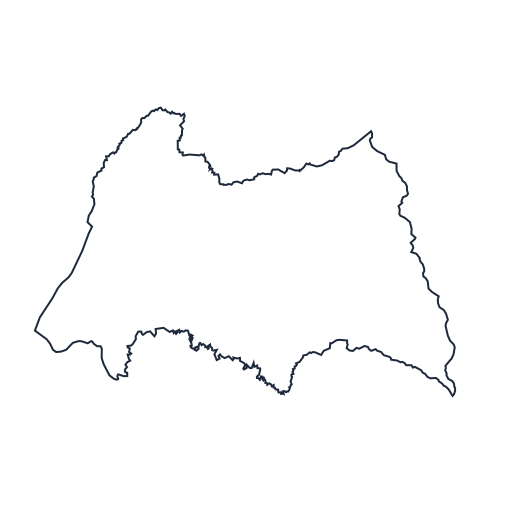 outline of Yan Ta Khao, Trang, Thailand, rotated 6°
{"feature_id": "78962969B81181946303710", "entity_name": "Yan Ta Khao", "entity_type": "district", "adm_level": 2, "iso_a3": "THA", "parent_name": "Thailand", "parent_adm1": "Trang", "projection": "robinson", "projection_center": [99.737, 7.427], "detail": "fine", "context": "isolated", "style": "outline", "palette": "slate", "viewbox_px": 512, "rotation_deg": 6, "n_neighbors": 0, "source": "geoboundaries", "source_scale": "gbopen_adm2", "svg_char_len": 6121}
<svg xmlns="http://www.w3.org/2000/svg" viewBox="0 0 512 512"><g transform="rotate(6 256 256)"><path d="M43.9,353.3L56.6,360.7L60.4,364.8L63.9,370.5L67.3,372.4L72.3,371.4L77.0,369.1L82.9,361.5L88.4,359.2L91.2,359.0L97.8,360.4L100.7,358.0L101.8,358.0L103.9,360.3L107.4,362.3L110.9,362.0L112.3,364.1L113.2,373.7L115.9,379.7L122.7,390.0L127.6,393.0L130.4,393.6L131.8,392.8L130.6,389.9L131.3,388.1L137.0,389.3L140.5,388.9L140.1,385.5L138.3,385.3L137.6,384.2L137.6,382.7L139.3,380.0L137.5,377.8L139.0,375.1L141.8,373.3L140.2,371.3L138.7,367.4L141.1,367.2L142.1,366.1L139.8,364.7L140.2,361.2L137.8,360.2L137.6,358.9L141.0,358.2L142.5,356.7L145.2,351.4L144.7,348.3L146.8,343.5L149.9,343.2L150.6,345.4L151.9,346.2L155.2,343.2L158.5,342.0L163.4,346.4L164.7,343.5L163.8,339.1L171.6,337.1L178.1,340.6L181.1,338.7L182.2,341.1L183.1,339.7L184.7,341.8L186.0,340.1L185.0,339.0L187.4,337.4L188.3,340.0L189.9,338.3L192.0,338.8L194.0,337.3L196.2,337.4L198.2,342.3L198.8,342.5L199.4,341.0L201.0,341.7L199.4,343.1L198.4,345.5L199.6,347.5L200.0,346.0L199.4,345.0L201.2,343.7L201.6,344.1L200.4,348.2L201.5,351.7L201.3,352.5L200.3,352.4L200.6,353.5L202.6,354.7L205.5,354.0L204.8,355.7L206.7,356.4L208.5,354.5L208.4,353.0L206.6,352.6L208.3,351.7L209.0,348.5L209.9,348.4L211.2,350.4L212.8,349.1L215.0,350.5L215.0,351.9L216.6,351.7L217.9,353.5L218.6,352.9L217.7,350.6L219.6,348.9L220.0,350.8L221.9,352.0L222.3,354.2L223.4,354.5L226.8,353.5L224.9,358.0L227.8,363.6L230.5,361.9L229.1,359.3L230.5,357.6L232.3,359.4L235.6,360.8L239.4,358.5L243.7,362.1L244.5,361.0L244.1,359.3L248.0,359.9L250.7,359.0L251.1,362.0L254.9,363.5L256.8,365.2L255.1,369.3L256.0,370.1L258.4,368.3L258.3,365.3L261.7,368.1L263.4,367.9L264.8,362.5L266.0,366.4L268.6,364.8L269.2,367.4L271.7,367.3L272.1,368.0L271.5,373.8L269.5,375.8L269.7,377.2L271.2,377.3L272.7,378.7L273.5,375.2L274.7,375.3L275.3,378.0L276.2,378.8L276.7,376.6L278.6,379.4L278.5,381.2L280.3,381.4L280.7,382.9L282.4,381.2L284.5,382.2L285.3,383.9L287.0,382.6L287.2,385.0L288.6,385.0L289.4,386.6L292.0,386.6L292.3,388.8L293.0,389.4L294.5,389.0L295.8,391.3L295.6,389.8L296.8,390.1L296.6,388.7L297.6,389.5L297.2,388.4L297.9,387.3L300.3,388.3L301.1,387.3L302.2,387.4L303.2,385.4L303.4,383.9L302.8,383.1L303.7,382.8L304.0,380.7L304.9,380.0L303.5,377.1L304.6,372.5L303.7,371.6L303.7,370.1L305.6,369.3L304.4,367.4L305.2,366.3L304.5,364.7L306.2,363.9L306.0,361.7L307.1,361.4L308.0,359.8L307.0,358.6L310.4,356.8L313.3,351.8L313.5,349.9L316.7,349.0L319.5,346.2L320.8,346.8L322.5,345.6L324.9,345.6L331.1,347.6L333.3,343.2L339.0,340.0L339.0,334.9L340.3,335.0L344.9,331.3L348.1,330.6L355.5,330.5L355.6,332.8L356.4,334.4L355.8,338.2L358.9,340.2L362.3,340.3L365.5,336.9L368.3,337.4L373.3,334.2L376.8,334.7L377.9,336.6L380.5,338.3L384.7,336.1L386.4,337.5L390.5,338.4L393.5,341.3L399.4,342.4L400.7,343.4L401.2,345.0L407.2,345.2L411.0,346.6L412.5,346.0L415.2,347.0L416.7,348.9L422.0,348.4L423.8,350.6L425.5,349.6L432.1,352.3L434.3,354.9L436.2,355.3L439.3,358.4L442.2,359.4L447.5,358.5L450.3,360.0L451.0,361.6L454.2,363.2L456.2,365.3L458.8,366.3L461.6,368.6L466.1,374.6L467.3,373.0L468.1,369.3L467.8,366.4L467.0,365.5L466.2,362.1L464.2,359.8L460.2,358.2L457.9,354.8L457.9,353.0L456.1,349.9L456.5,347.7L455.9,345.3L461.2,337.6L462.7,333.3L463.2,326.2L462.0,323.4L457.8,319.9L455.1,315.1L451.8,305.6L452.0,303.0L453.5,299.4L451.0,293.5L448.4,290.1L443.9,287.8L442.0,284.1L441.3,280.1L441.9,277.0L435.0,273.5L431.0,270.4L429.4,263.2L427.0,260.2L424.6,258.8L423.9,255.6L424.9,253.7L424.6,251.1L422.7,246.8L420.3,244.6L419.0,242.0L419.2,241.1L415.3,237.0L410.0,235.9L411.6,231.4L410.7,229.1L408.4,226.7L412.2,222.6L412.7,221.1L408.2,218.0L407.9,212.5L405.5,206.2L399.9,202.4L395.4,200.9L394.2,199.4L394.0,194.4L392.5,191.5L395.9,187.8L394.9,186.7L395.9,182.3L399.6,180.2L400.7,178.2L399.3,174.9L398.8,170.9L396.8,167.7L393.8,165.9L392.4,163.3L390.2,161.6L386.9,156.6L386.1,149.4L378.6,148.3L375.4,146.3L373.6,141.9L365.7,139.1L360.1,135.4L357.1,129.2L357.4,127.5L359.0,125.8L358.6,122.0L357.4,119.9L341.6,135.7L336.0,139.2L330.9,140.2L329.2,142.7L327.6,143.7L327.7,146.5L326.1,148.9L324.1,149.8L323.7,152.6L321.6,153.7L319.5,153.5L312.1,158.9L307.1,160.6L300.4,159.3L299.7,158.3L298.8,159.4L296.4,158.8L294.3,162.8L290.7,166.8L290.2,165.9L289.3,166.6L285.8,166.8L281.0,165.5L277.8,165.5L277.8,167.9L275.8,170.6L269.0,167.6L263.7,168.4L262.9,169.6L262.5,173.4L259.7,173.0L256.8,173.6L253.9,173.0L251.5,174.4L249.5,174.0L248.8,176.1L246.0,177.9L246.2,179.9L241.5,181.4L239.2,180.9L236.9,181.7L235.3,183.0L234.5,185.1L229.3,183.9L225.9,185.1L224.2,187.6L221.1,187.2L220.0,188.1L216.5,188.7L216.1,188.1L212.9,188.3L211.8,186.7L211.5,183.1L209.8,178.8L205.9,179.5L205.9,177.6L203.7,177.6L204.1,176.2L203.1,174.8L203.4,173.8L202.4,173.5L201.2,174.6L201.4,173.8L200.3,173.4L200.0,171.9L201.2,171.5L200.9,170.5L198.0,167.4L195.8,167.3L195.3,163.4L194.4,163.0L193.6,160.6L192.9,161.7L191.1,160.7L189.2,161.8L179.6,162.0L173.0,163.7L172.4,163.3L172.4,160.7L169.0,160.8L168.6,158.2L167.1,158.1L166.1,149.5L168.2,149.0L167.7,146.4L168.7,146.3L168.8,144.1L169.7,143.8L169.3,138.5L169.8,137.1L166.8,134.0L170.4,129.5L169.5,127.4L170.5,124.1L169.5,122.1L166.9,124.5L165.2,122.6L161.3,123.1L159.5,122.3L158.7,122.7L157.5,121.3L156.1,123.4L154.8,122.3L152.8,122.1L150.6,119.8L149.7,120.7L147.9,120.8L145.8,118.4L144.1,119.0L142.5,121.2L141.2,120.6L139.4,122.6L138.7,122.1L136.7,123.1L134.0,127.8L132.6,128.0L130.6,130.5L128.4,130.7L127.4,132.5L127.9,135.0L127.1,137.3L125.4,140.6L124.0,141.6L124.4,142.2L122.7,143.5L120.4,143.4L117.4,147.6L116.1,147.8L114.9,151.0L111.4,153.1L111.8,154.7L110.3,155.4L110.2,157.7L108.4,158.5L108.9,159.6L107.1,162.3L108.1,163.0L107.7,164.2L107.0,164.3L106.1,167.5L105.2,167.6L104.4,168.9L102.9,167.9L100.2,170.0L99.1,172.3L96.5,172.5L97.7,176.2L95.9,176.3L94.8,179.4L95.6,183.6L93.1,185.2L93.4,187.2L89.5,189.6L89.1,193.1L86.5,195.0L86.7,195.9L85.8,198.8L87.4,203.7L86.9,210.1L87.6,212.0L86.6,214.1L88.8,216.0L89.9,221.5L87.8,228.8L85.5,233.3L84.9,239.9L89.9,244.0L87.3,251.0L82.7,268.9L74.6,291.9L72.0,296.6L66.2,302.8L62.4,308.6L57.8,319.6L47.5,339.5L43.9,353.3Z" fill="none" stroke="#1e293b" stroke-width="2"/></g></svg>